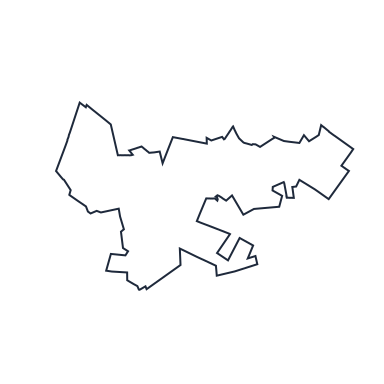 the district of Tubutama, Sonora, Mexico, rotated 112°
{"feature_id": "50627088B99334846308648", "entity_name": "Tubutama", "entity_type": "district", "adm_level": 2, "iso_a3": "MEX", "parent_name": "Mexico", "parent_adm1": "Sonora", "projection": "albers", "projection_center": [-111.464, 30.932], "detail": "fine", "context": "isolated", "style": "outline", "palette": "slate", "viewbox_px": 384, "rotation_deg": 112, "n_neighbors": 0, "source": "geoboundaries", "source_scale": "gbopen_adm2", "svg_char_len": 3544}
<svg xmlns="http://www.w3.org/2000/svg" viewBox="0 0 384 384"><g transform="rotate(112 192 192)"><path d="M151.2,329.6L176.7,327.9L183.0,327.5L183.6,327.5L184.2,327.5L184.3,327.5L184.5,327.5L185.0,327.5L187.3,327.1L190.1,327.1L191.1,326.8L196.5,326.6L223.5,325.9L227.0,319.4L228.6,316.3L228.6,315.3L235.7,305.2L240.6,304.7L240.8,304.3L240.8,304.1L243.1,294.1L245.1,284.9L249.1,281.2L249.9,278.0L246.9,275.0L246.8,274.9L245.2,273.3L245.1,268.8L234.9,253.7L241.7,249.5L251.7,241.5L252.0,241.3L252.1,241.2L255.4,243.0L269.8,235.0L270.9,229.1L275.7,230.0L279.8,244.0L297.1,242.1L295.8,236.6L290.9,222.0L298.1,219.0L299.2,211.8L299.7,207.4L302.4,204.7L302.3,204.0L301.7,203.5L296.9,199.8L299.1,197.7L270.1,179.2L264.0,175.3L249.0,182.1L249.3,177.4L250.3,163.2L250.6,157.2L250.6,156.6L251.4,142.2L255.7,140.0L260.3,137.7L249.6,122.6L234.5,104.4L227.6,109.2L232.7,115.4L218.7,115.3L216.8,130.6L241.9,133.0L239.2,145.9L216.8,141.0L216.7,141.6L216.9,157.5L217.2,171.9L217.2,176.6L209.1,176.6L192.6,176.4L190.4,170.5L189.4,168.5L190.5,165.3L189.2,165.4L187.5,166.8L187.3,168.2L185.5,167.2L185.5,165.6L186.1,162.2L186.4,161.4L187.2,157.1L180.2,153.6L192.8,137.2L193.8,135.9L192.5,134.8L184.5,128.2L173.0,105.6L161.8,107.0L160.4,117.9L157.0,119.0L148.5,110.7L148.9,110.4L149.1,109.9L160.7,102.5L160.8,102.7L161.8,102.0L159.3,95.4L150.2,100.6L150.0,100.8L149.8,100.9L147.9,97.5L140.5,97.0L143.5,79.2L143.6,78.8L144.3,75.7L147.4,62.6L124.4,57.0L113.7,54.4L113.1,57.3L111.7,63.3L96.0,59.5L91.8,58.6L87.0,78.5L86.9,79.0L86.6,80.1L86.5,80.7L86.1,82.5L85.9,83.2L85.8,83.7L85.6,84.5L85.4,85.2L85.2,85.9L85.1,86.4L84.9,87.4L84.4,88.0L84.2,88.8L82.4,94.4L82.5,94.5L81.6,97.3L91.7,95.8L94.2,97.5L101.1,102.5L97.4,109.5L106.3,110.8L109.0,120.7L110.3,125.9L110.1,136.8L110.8,135.9L112.7,137.4L124.7,145.8L124.0,150.9L124.9,153.6L126.0,154.2L126.5,159.0L126.9,162.0L126.7,163.2L124.6,168.5L122.3,171.4L121.8,172.0L121.7,172.1L121.6,172.3L121.4,172.5L121.1,172.9L120.9,173.1L120.7,173.3L120.4,173.7L120.2,173.8L120.1,174.0L119.9,174.2L119.8,174.3L119.4,174.7L119.0,175.2L118.6,175.6L118.2,176.1L117.9,176.3L117.6,176.7L117.3,176.9L117.1,177.2L116.9,177.4L116.5,177.7L116.3,177.9L116.1,178.2L115.9,178.4L115.8,178.5L116.0,178.6L116.4,178.7L116.7,178.7L116.9,178.8L117.2,178.8L117.8,179.0L118.2,179.0L118.7,179.1L119.0,179.2L119.6,179.3L120.3,179.4L121.0,179.6L121.3,179.6L121.5,179.7L121.8,179.8L122.1,179.8L122.9,180.0L123.7,180.1L124.5,180.3L125.9,180.6L127.8,181.0L129.3,181.3L129.7,181.4L130.0,181.4L130.4,181.5L131.2,182.1L129.6,184.7L137.0,193.4L136.3,198.7L141.6,196.4L146.0,219.0L146.1,219.7L146.4,220.9L148.3,230.3L159.9,230.2L176.4,230.0L166.6,237.1L169.5,242.0L170.2,243.4L170.3,243.7L170.6,244.2L170.9,244.8L171.5,245.9L171.7,246.4L171.5,246.9L171.3,247.5L171.1,248.1L171.0,248.6L170.9,248.9L170.7,249.6L170.4,250.3L170.3,250.8L170.1,251.4L169.8,252.5L169.3,253.8L169.0,255.0L168.7,255.8L169.1,256.3L169.4,256.6L169.8,257.1L170.2,257.6L170.7,258.1L171.2,258.8L172.0,259.7L172.7,260.5L173.7,261.7L174.2,262.3L174.9,263.2L175.7,264.1L176.2,264.7L176.7,265.2L177.0,265.7L177.6,264.7L178.0,263.9L178.7,262.7L179.4,261.5L179.7,260.9L180.1,261.4L180.4,261.8L180.7,262.2L181.0,262.8L181.1,263.0L181.6,264.2L181.7,264.7L181.9,265.2L182.1,265.6L182.3,266.1L182.5,266.5L182.7,267.0L182.8,267.3L182.9,267.7L183.3,268.6L183.6,269.3L183.9,270.0L184.1,270.5L184.3,271.0L184.6,271.9L184.9,272.6L185.2,273.2L185.4,273.9L185.6,274.3L185.7,274.5L159.8,292.6L157.9,298.6L153.2,314.3L150.7,322.3L153.2,322.2L151.2,329.6Z" fill="none" stroke="#1e293b" stroke-width="2"/></g></svg>